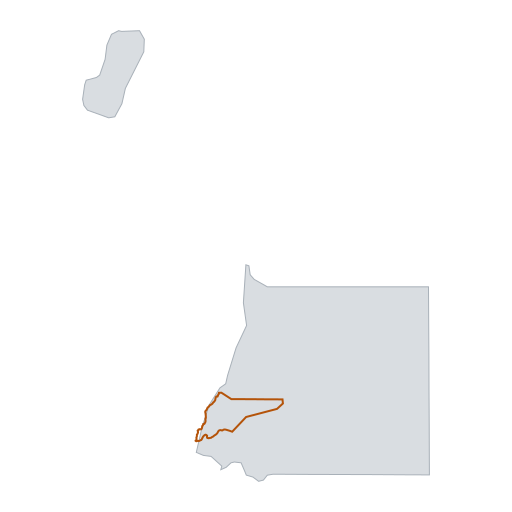 Bitica, Litoral, Equatorial Guinea shown in context
{"feature_id": "11065452B13026737962858", "entity_name": "Bitica", "entity_type": "district", "adm_level": 2, "iso_a3": "GNQ", "parent_name": "Equatorial Guinea", "parent_adm1": "Litoral", "projection": "equal_earth", "projection_center": [9.489, 1.359], "detail": "fine", "context": "in_parent", "style": "outline", "palette": "amber", "viewbox_px": 512, "rotation_deg": 0, "n_neighbors": 0, "source": "geoboundaries", "source_scale": "gbopen_adm2", "svg_char_len": 4896}
<svg xmlns="http://www.w3.org/2000/svg" viewBox="0 0 512 512"><path d="M428.5,286.8L428.7,324.1L428.9,355.6L429.0,389.7L429.2,425.3L429.3,455.4L429.4,474.9L404.9,474.8L372.4,474.6L339.9,474.5L307.4,474.4L291.1,474.3L273.1,474.2L267.3,475.2L263.4,480.1L258.6,481.3L253.0,477.1L246.3,475.1L244.5,470.7L241.1,462.8L234.4,462.0L231.0,462.8L226.2,467.3L220.8,469.7L221.8,466.1L211.1,456.4L203.4,455.4L196.3,452.4L202.1,427.1L209.3,404.7L220.0,387.8L225.7,383.8L227.6,375.4L236.1,347.8L246.6,325.5L243.4,302.8L245.9,264.8L248.9,265.8L249.4,269.4L250.2,274.8L254.2,279.4L267.3,286.8L306.4,286.8L329.7,286.8L364.3,286.8L400.8,286.8L428.5,286.8ZM118.6,30.7L121.6,31.4L139.5,30.7L144.3,39.2L143.8,51.8L125.4,88.3L121.9,103.7L114.8,116.8L108.7,117.8L87.5,110.2L83.9,105.5L82.6,99.3L84.7,84.7L86.2,80.2L96.4,77.5L99.7,75.1L105.1,59.4L106.9,45.1L111.5,34.3L118.6,30.7Z" fill="#d9dde1" stroke="#a8b0b8" stroke-width="1"/><path d="M282.5,399.4L269.7,399.3L264.2,399.3L252.6,399.2L252.3,399.2L231.3,399.1L223.9,394.3L221.4,392.7L219.0,392.8L219.0,393.1L218.9,393.5L218.8,393.8L218.7,394.2L218.6,394.3L218.4,394.3L218.3,394.5L218.2,394.8L218.1,395.0L218.0,395.4L217.9,395.5L217.7,395.9L217.7,396.1L217.5,396.3L217.5,396.5L217.3,396.6L217.2,396.6L216.9,396.6L216.6,396.6L216.3,396.8L216.2,396.7L216.1,396.8L216.0,397.0L215.9,397.1L215.8,397.3L215.7,397.4L215.7,397.6L215.6,397.8L215.6,398.1L215.5,398.3L215.5,398.5L215.4,398.7L215.4,398.8L215.4,399.0L215.3,399.3L215.3,399.6L215.3,399.9L215.2,400.1L215.1,400.4L215.0,400.5L214.9,400.7L214.7,400.9L214.6,401.0L214.3,401.4L214.3,401.5L214.2,401.6L214.1,401.8L213.9,401.9L213.8,402.0L213.6,402.1L213.4,402.2L213.3,402.3L213.2,402.4L213.1,402.6L213.0,402.8L212.9,402.9L212.8,403.1L212.7,403.2L212.7,403.3L212.5,403.6L212.4,403.7L212.2,403.9L211.9,404.0L211.7,404.2L211.6,404.3L211.4,404.4L211.3,404.5L211.1,404.5L210.9,404.7L210.7,404.8L210.4,405.0L210.2,405.1L209.9,405.2L209.8,405.3L209.7,405.3L209.5,405.5L209.4,405.7L209.4,405.9L209.3,406.1L209.2,406.2L209.1,406.3L209.0,406.5L208.9,406.6L208.6,406.9L208.5,407.0L208.3,407.1L208.2,407.2L208.0,407.3L207.9,407.3L207.7,407.4L207.6,407.6L207.5,407.8L207.4,408.0L207.2,408.4L207.2,408.6L207.0,408.9L207.0,409.0L206.9,409.3L206.7,409.6L206.6,409.8L206.5,410.0L206.4,410.1L206.2,410.3L206.1,410.5L205.9,410.7L205.7,410.7L205.6,410.8L205.6,411.0L205.5,411.3L205.4,411.5L205.2,411.8L205.2,412.0L205.3,412.2L205.3,412.4L205.4,412.6L205.4,412.8L205.4,413.0L205.5,413.3L205.5,413.5L205.6,413.8L205.7,414.0L205.6,414.3L205.6,414.5L205.7,414.8L205.7,415.0L205.7,415.3L205.7,415.5L205.8,415.9L205.8,416.0L205.8,416.4L205.8,416.6L205.8,416.8L205.9,417.1L205.8,417.3L205.8,417.5L205.8,417.8L205.8,418.0L205.7,418.1L205.7,418.3L205.5,418.5L205.5,419.0L205.5,419.4L205.5,419.6L205.5,419.9L205.5,420.2L205.5,420.4L205.5,420.6L205.6,421.0L205.5,421.4L205.4,421.6L205.4,421.9L205.3,422.2L205.2,422.4L205.1,422.6L205.0,422.8L204.8,423.1L204.7,423.3L204.6,423.5L204.4,423.8L204.1,423.9L204.0,424.0L203.8,424.0L203.6,424.0L203.4,424.0L203.2,424.1L203.2,424.4L203.2,424.5L203.1,424.8L203.0,425.1L202.9,425.3L202.8,425.5L202.7,425.7L202.5,425.8L202.4,425.9L202.3,426.0L202.2,426.1L202.2,426.3L202.2,426.6L202.1,426.9L202.1,427.0L202.1,427.3L202.0,427.6L202.0,427.8L201.9,428.1L201.8,428.3L201.7,428.6L201.6,428.8L201.5,429.0L201.4,429.1L201.2,429.1L200.9,429.3L200.6,429.4L200.4,429.3L200.1,429.2L199.9,429.2L199.7,429.2L199.4,429.2L199.2,429.2L199.0,429.3L198.9,429.4L198.9,429.6L198.7,429.7L198.5,429.8L198.4,429.8L198.3,430.2L198.3,430.3L198.2,430.4L198.1,430.5L197.8,430.5L197.7,430.6L197.8,430.9L197.8,431.1L197.8,431.3L197.9,431.5L198.0,431.9L198.0,432.0L198.0,432.4L197.9,432.5L197.8,432.8L197.8,433.1L197.7,433.3L197.7,433.5L197.6,433.8L197.4,434.0L197.2,434.3L197.0,434.5L196.9,434.6L196.9,434.8L196.9,435.0L196.9,435.4L196.9,435.6L196.9,435.8L196.9,436.1L196.8,436.3L196.8,436.5L196.6,437.0L196.5,437.4L196.5,437.5L196.4,437.6L196.4,437.8L196.4,438.0L196.5,438.2L196.5,438.5L196.5,438.8L196.5,439.2L196.5,439.5L196.4,439.9L196.4,440.0L196.2,440.3L195.8,440.5L195.6,440.6L195.6,440.8L196.0,441.1L196.4,441.1L196.7,441.2L197.3,440.9L197.7,440.9L198.1,440.9L198.9,441.0L199.9,440.6L200.4,440.2L201.2,440.0L201.7,439.4L202.2,438.4L202.6,437.5L203.2,436.5L203.9,435.7L204.8,435.0L205.5,434.7L206.0,434.8L206.5,435.1L207.1,435.7L207.1,435.8L207.0,436.0L206.9,436.2L206.9,436.5L207.0,436.7L207.0,437.0L207.0,437.3L207.2,437.6L207.3,437.8L207.4,438.0L207.5,438.0L207.8,438.0L208.0,438.0L208.3,438.2L208.6,438.2L208.9,438.1L209.1,438.1L209.3,438.1L209.6,438.0L211.0,437.8L212.1,437.0L213.2,436.5L214.3,435.5L215.7,434.7L216.6,433.9L217.2,433.3L217.6,432.6L218.4,431.1L219.2,430.4L220.3,430.1L220.9,430.1L221.5,430.4L221.9,430.4L222.5,430.4L223.3,429.8L224.2,429.5L225.7,429.6L229.4,430.7L232.2,431.7L246.1,417.0L252.9,415.2L253.0,415.2L269.7,410.8L277.0,408.9L282.9,403.5L282.5,399.4Z" fill="none" stroke="#b45309" stroke-width="2"/></svg>